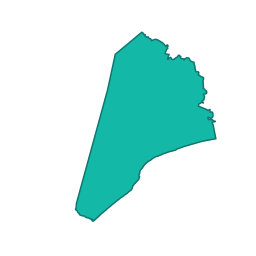 Limon, Colón, Honduras, rotated 140°
{"feature_id": "27666195B22880782572265", "entity_name": "Limon", "entity_type": "district", "adm_level": 2, "iso_a3": "HND", "parent_name": "Honduras", "parent_adm1": "Colón", "projection": "natural_earth1", "projection_center": [-85.558, 15.789], "detail": "fine", "context": "isolated", "style": "filled", "palette": "teal", "viewbox_px": 256, "rotation_deg": 140, "n_neighbors": 0, "source": "geoboundaries", "source_scale": "gbopen_adm2", "svg_char_len": 5281}
<svg xmlns="http://www.w3.org/2000/svg" viewBox="0 0 256 256"><g transform="rotate(140 128 128)"><path d="M214.1,78.9L213.8,79.0L212.6,78.9L211.4,79.0L210.5,79.1L206.7,79.2L204.2,79.4L203.2,79.4L202.9,79.4L199.6,79.4L198.4,79.4L197.6,79.3L196.5,79.5L195.4,79.6L193.8,79.4L193.1,79.5L191.5,79.4L190.6,79.5L190.2,79.5L189.6,79.4L188.6,79.5L186.6,79.3L186.0,79.4L184.5,79.4L182.1,79.3L177.8,79.1L175.9,78.9L175.1,78.8L174.7,78.8L174.2,78.9L173.4,78.9L172.0,78.6L171.0,78.6L170.4,78.5L169.8,78.6L168.1,78.7L166.2,78.5L165.2,78.5L164.8,78.6L163.3,79.3L162.2,80.1L161.5,80.5L159.8,80.8L159.2,81.0L158.5,81.0L156.5,81.3L154.9,81.5L154.0,81.6L153.1,81.7L152.4,81.9L152.2,82.1L152.1,82.3L151.9,82.6L151.3,82.8L150.8,83.0L150.4,83.3L150.3,83.6L150.4,84.3L150.0,84.8L149.7,85.1L149.0,85.3L148.4,85.8L147.6,86.3L146.6,87.3L146.3,87.5L145.9,87.6L145.3,87.8L142.9,88.1L141.8,88.4L141.2,88.7L140.1,88.9L138.7,89.3L137.7,89.3L136.2,89.3L135.4,89.4L133.0,89.2L131.9,89.0L131.2,88.9L130.8,88.8L129.7,88.9L127.8,88.7L126.4,88.4L124.9,88.1L123.1,87.2L121.5,86.7L120.9,86.6L120.4,86.3L119.3,86.0L118.4,85.8L117.2,85.5L116.0,84.9L113.5,84.0L111.4,83.2L108.2,81.6L106.1,80.7L105.5,80.5L104.2,80.4L102.3,79.8L100.1,78.9L96.4,77.6L93.5,76.2L91.4,75.4L85.1,72.5L82.6,71.5L80.4,70.4L79.4,70.0L76.8,68.5L71.8,65.7L69.3,64.3L67.6,63.3L60.7,75.8L60.7,76.2L60.6,76.7L60.4,77.0L60.2,77.5L59.9,77.9L59.7,78.2L59.4,78.2L58.9,77.9L58.2,77.4L57.5,77.0L57.1,76.9L56.9,77.0L57.0,77.4L57.1,77.6L57.5,78.0L57.8,78.5L57.9,78.9L58.1,80.0L58.2,80.4L58.5,80.6L59.0,81.0L60.2,82.1L60.6,82.4L60.8,82.5L60.8,82.9L60.8,83.3L60.7,83.7L60.5,84.0L60.3,84.4L60.0,84.6L59.7,84.6L59.4,84.6L59.2,84.4L59.0,83.4L58.8,83.0L58.6,82.6L58.4,82.4L58.0,82.1L57.6,82.0L57.0,81.9L56.5,81.9L55.9,82.1L54.5,83.3L53.5,84.8L53.3,85.3L53.2,85.6L53.3,85.9L53.4,86.1L53.5,86.4L53.7,86.6L54.7,87.2L54.9,87.4L54.9,87.5L54.5,88.2L54.2,88.5L53.8,88.8L53.5,89.1L53.4,89.3L53.4,89.5L53.5,89.6L54.7,89.9L55.3,90.2L55.7,90.4L55.9,90.6L56.0,90.7L56.0,91.0L55.8,91.5L60.0,99.4L59.7,99.5L58.6,100.8L58.3,100.9L58.0,100.9L56.9,100.5L56.4,100.4L54.8,100.4L54.7,100.3L54.6,100.1L54.6,99.4L54.6,99.2L54.3,98.8L54.1,98.8L54.0,99.0L53.9,100.4L53.8,101.0L53.5,101.1L53.0,100.9L52.5,101.0L52.2,101.0L51.9,100.8L51.6,100.8L51.1,101.5L49.6,102.5L49.1,103.0L48.9,104.6L48.6,104.8L48.4,105.3L48.2,105.3L47.9,105.2L46.6,104.3L45.9,104.0L45.6,104.1L45.4,104.2L45.2,104.7L44.8,104.7L44.6,105.0L44.3,105.3L44.1,105.8L44.1,106.0L44.3,106.2L44.4,106.6L44.6,107.5L44.4,108.1L44.3,108.5L44.9,109.6L44.9,109.8L44.9,110.2L44.3,110.4L44.0,110.7L43.8,110.9L43.6,111.4L43.5,111.7L42.9,112.1L42.4,112.8L41.7,114.1L41.6,114.3L41.2,114.4L40.9,114.6L40.3,115.9L40.0,116.3L39.8,116.4L39.7,116.4L39.3,116.4L39.1,116.7L38.2,117.4L38.0,117.6L37.9,118.2L38.0,118.8L39.0,120.4L39.3,121.2L39.3,121.5L39.3,121.8L39.4,122.4L39.6,122.8L40.0,123.3L40.0,123.5L39.9,123.7L39.1,124.1L38.9,124.3L38.3,124.7L38.1,125.1L38.0,125.5L38.1,125.9L39.0,126.6L39.2,126.8L39.3,127.1L39.5,127.7L39.5,128.0L39.5,128.3L39.4,128.6L39.0,129.0L38.7,129.7L38.1,130.9L37.2,132.1L36.5,133.6L36.0,134.9L35.4,135.6L35.2,135.9L35.2,136.0L35.3,136.2L35.8,136.7L36.1,137.1L37.0,139.3L37.0,139.6L36.5,141.7L36.5,142.1L36.6,142.5L36.7,142.8L36.9,143.1L37.4,143.8L37.7,144.0L38.7,144.2L40.0,144.5L40.9,144.1L41.1,144.1L41.3,144.5L41.2,145.3L41.2,145.5L41.3,145.7L41.4,146.0L41.7,146.2L42.2,146.5L42.4,146.7L42.6,147.0L42.7,147.6L42.4,148.1L42.3,148.3L41.7,148.7L41.6,148.9L41.6,149.0L42.2,149.5L42.1,149.9L41.9,150.5L42.0,150.7L42.2,151.0L42.6,151.2L42.8,151.2L43.3,151.1L44.0,150.8L44.4,150.7L46.1,151.0L48.3,151.1L49.1,151.3L49.5,151.5L49.8,151.7L50.1,152.0L50.2,152.7L49.9,154.3L49.9,154.5L50.0,154.7L50.2,154.8L51.2,155.0L52.3,155.0L52.8,155.0L53.1,155.0L53.3,155.2L53.3,155.3L53.2,155.5L52.7,155.7L51.5,156.7L50.4,157.3L49.4,157.8L49.3,158.0L50.0,158.7L50.9,159.9L51.6,160.5L51.7,161.0L51.6,161.4L51.5,161.5L49.9,162.2L48.8,162.8L48.3,163.2L48.1,163.3L47.4,163.4L46.7,163.4L46.3,163.5L46.2,163.7L46.1,163.9L45.9,164.7L45.6,164.8L45.0,164.9L44.7,165.0L44.5,165.3L44.4,165.6L44.5,166.4L44.7,166.5L45.0,166.5L45.9,166.3L46.3,166.3L46.5,166.3L46.5,168.6L46.8,171.0L46.7,171.4L46.9,171.7L47.2,172.1L47.3,172.3L47.7,174.0L48.4,175.8L48.7,176.5L49.4,177.7L49.8,178.1L51.1,178.9L52.2,179.3L53.5,179.5L53.8,179.8L53.4,181.2L53.4,181.8L53.5,182.0L54.0,182.7L54.3,183.4L54.3,183.6L54.2,184.0L54.0,184.6L54.0,184.8L54.1,185.0L54.3,185.1L55.2,185.4L55.4,185.6L55.5,185.8L55.5,186.0L55.4,186.3L55.4,186.6L55.8,187.4L55.8,187.6L55.0,188.1L54.9,188.3L54.9,188.5L55.0,188.7L55.5,189.4L55.7,189.6L55.7,189.9L55.5,190.7L55.5,191.2L55.6,191.8L56.0,192.5L90.4,192.6L119.3,170.2L215.8,103.5L218.6,100.7L219.0,100.2L219.9,99.7L220.3,99.6L220.5,99.2L220.6,98.7L220.4,98.2L220.1,97.6L220.1,97.1L220.2,96.8L220.6,96.1L220.7,95.6L220.7,95.3L220.3,94.0L220.4,93.6L220.6,93.3L220.7,93.0L220.8,92.8L220.7,92.5L220.4,91.7L219.8,90.8L219.6,90.2L219.0,89.7L218.8,89.4L218.5,89.1L218.2,88.8L217.9,88.2L217.7,86.7L217.3,85.8L216.9,85.4L216.7,85.2L216.4,85.1L216.2,84.9L215.4,82.9L215.4,82.7L215.1,82.6L214.8,82.4L214.6,82.0L214.5,81.8L214.9,81.3L215.0,81.1L214.7,80.8L214.0,80.4L213.9,80.3L213.9,80.2L214.1,80.0L214.5,80.0L214.9,79.9L215.0,79.8L215.0,79.7L214.9,79.5L214.7,79.3L214.2,79.2L214.1,78.9Z" fill="#14b8a6" stroke="#0f766e" stroke-width="1.5"/></g></svg>